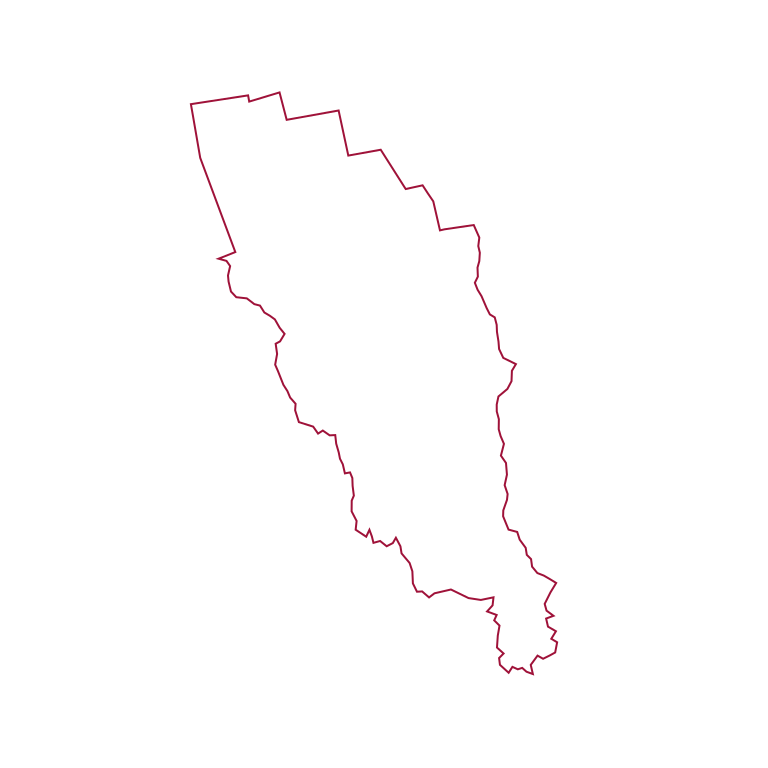 outline of Vera Cruz, Rio Grande do Sul, Brazil, rotated 347°
{"feature_id": "56859067B93836063527687", "entity_name": "Vera Cruz", "entity_type": "district", "adm_level": 2, "iso_a3": "BRA", "parent_name": "Brazil", "parent_adm1": "Rio Grande do Sul", "projection": "equal_earth", "projection_center": [-52.528, -29.73], "detail": "fine", "context": "isolated", "style": "outline", "palette": "rose", "viewbox_px": 768, "rotation_deg": 347, "n_neighbors": 0, "source": "geoboundaries", "source_scale": "gbopen_adm2", "svg_char_len": 2105}
<svg xmlns="http://www.w3.org/2000/svg" viewBox="0 0 768 768"><g transform="rotate(347 384 384)"><path d="M323.6,519.6L332.3,528.8L337.0,522.8L337.9,529.8L338.0,536.4L344.9,536.1L350.1,542.7L356.8,541.0L361.0,536.5L363.5,545.8L363.0,553.0L365.9,558.7L368.7,564.2L369.5,572.9L367.3,584.8L369.4,593.8L374.5,594.7L379.9,602.1L386.1,599.3L403.0,599.3L418.2,611.6L429.8,616.2L442.7,616.5L440.0,624.1L433.3,628.8L441.8,634.4L438.2,639.1L442.2,645.4L438.3,654.7L434.8,666.2L439.9,673.5L434.5,676.9L433.8,683.7L440.5,693.4L445.5,688.5L450.2,692.1L454.8,691.7L458.1,696.4L463.8,700.1L463.8,690.7L472.5,683.2L477.2,687.5L484.4,685.8L490.4,684.1L494.6,674.6L489.7,669.9L495.9,663.6L489.2,657.3L489.2,649.0L497.0,648.0L491.4,641.4L491.1,634.4L499.3,624.5L507.0,616.6L501.3,611.0L496.6,606.6L490.9,602.7L487.2,595.3L487.9,587.7L484.7,582.6L485.2,575.5L481.2,566.2L480.5,558.1L472.6,553.9L470.3,539.7L471.8,534.0L477.8,524.5L479.7,519.0L478.8,509.7L483.4,500.0L485.1,488.4L481.8,480.1L487.4,469.3L485.9,460.9L485.6,453.9L488.0,444.1L487.7,436.1L489.2,429.4L492.7,421.9L503.1,416.6L508.9,409.9L511.6,399.9L517.0,394.3L506.1,385.4L504.0,375.8L505.1,368.4L505.8,358.6L507.1,351.7L506.9,344.0L502.8,340.0L501.1,333.1L498.8,320.4L496.4,313.2L495.3,305.8L499.6,300.5L501.3,291.6L504.5,285.7L506.9,277.7L506.9,270.8L509.8,262.8L507.2,249.3L477.8,246.9L473.1,246.9L473.1,217.1L469.6,208.1L466.3,199.1L449.0,198.9L433.5,155.0L400.6,153.4L401.3,107.3L348.6,104.7L347.8,76.4L316.2,78.5L316.5,72.2L258.8,67.9L258.1,81.1L255.8,122.3L268.8,222.0L251.0,224.7L258.2,228.6L260.6,234.5L256.4,243.2L255.6,249.3L255.7,259.5L259.6,266.2L269.6,269.7L275.6,277.0L280.8,279.7L283.5,287.4L288.2,291.9L292.2,296.5L295.0,305.8L298.4,312.8L292.3,319.1L287.5,320.4L286.6,330.7L282.3,340.7L283.6,347.7L285.8,362.2L288.3,369.2L289.5,376.1L293.4,383.4L291.5,389.6L292.5,402.0L305.4,409.6L308.6,417.5L313.9,415.6L319.5,421.8L325.0,422.8L324.0,431.4L324.5,440.5L324.3,446.9L325.8,453.0L325.8,462.3L331.0,462.5L332.0,468.5L330.5,476.2L329.5,486.0L326.3,490.4L323.8,500.8L326.5,511.3L323.6,519.6Z" fill="none" stroke="#9f1239" stroke-width="2"/></g></svg>